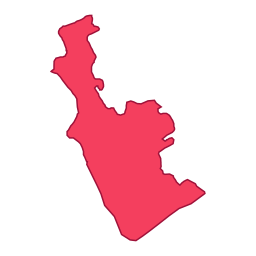 Al-Ghanayem, Asyut, Egypt
{"feature_id": "37247803B60942546572959", "entity_name": "Al-Ghanayem", "entity_type": "district", "adm_level": 2, "iso_a3": "EGY", "parent_name": "Egypt", "parent_adm1": "Asyut", "projection": "mercator", "projection_center": [31.325, 26.921], "detail": "fine", "context": "isolated", "style": "filled", "palette": "rose", "viewbox_px": 256, "rotation_deg": 0, "n_neighbors": 0, "source": "geoboundaries", "source_scale": "gbopen_adm2", "svg_char_len": 3292}
<svg xmlns="http://www.w3.org/2000/svg" viewBox="0 0 256 256"><path d="M51.1,71.5L52.7,72.3L54.6,73.0L57.2,73.6L60.3,76.9L62.9,80.7L67.9,87.2L70.5,89.8L71.1,90.4L73.0,93.6L74.9,95.6L76.8,98.8L77.4,107.1L77.7,108.5L78.6,112.9L77.3,114.2L77.3,114.8L76.7,116.8L74.1,121.9L72.2,124.4L70.9,125.7L68.4,130.2L67.1,131.5L67.1,135.3L69.6,137.9L70.3,137.9L72.2,137.9L73.4,137.9L76.5,140.3L78.5,141.8L80.4,143.7L82.3,147.6L83.5,151.5L83.5,154.7L84.8,157.2L86.7,161.8L87.3,161.8L86.8,164.4L97.2,185.6L101.0,193.8L104.7,205.5L114.4,216.5L121.6,234.5L130.1,239.9L135.9,240.6L142.7,236.0L148.4,231.8L158.4,224.1L159.2,223.5L168.7,216.0L179.0,208.5L191.1,203.7L204.9,193.5L204.5,191.8L203.5,191.1L200.1,188.7L198.3,187.4L196.7,186.3L195.5,184.0L195.1,183.6L191.8,181.9L188.8,180.3L187.5,179.6L185.7,180.4L183.5,181.6L182.7,182.4L182.0,182.8L181.3,183.6L180.7,184.2L179.9,185.1L179.3,184.6L178.3,183.8L177.0,182.5L176.4,182.0L176.2,181.4L175.8,180.7L175.3,179.8L173.5,177.3L173.3,175.9L170.3,174.4L169.8,174.1L168.5,174.1L167.2,174.2L165.3,174.3L164.8,174.3L163.2,173.7L162.6,170.9L160.3,168.6L161.1,166.4L160.9,164.1L160.9,162.1L160.8,161.5L160.7,159.6L160.7,158.7L160.3,157.6L159.7,156.4L159.1,155.1L158.5,153.8L159.1,151.9L160.4,151.2L164.8,148.0L166.1,147.4L169.9,145.5L173.1,143.6L173.8,139.7L171.9,137.8L169.3,138.4L167.4,139.7L166.8,139.7L165.5,141.0L164.9,141.0L162.3,139.0L163.0,138.4L165.2,136.6L166.8,135.2L169.3,133.9L172.2,132.4L173.2,131.4L173.8,130.8L174.5,129.5L174.5,128.2L173.8,126.3L173.8,123.7L172.6,120.5L171.3,118.5L170.7,117.3L169.4,115.3L168.6,114.8L168.0,114.4L167.5,114.0L166.3,113.4L163.1,113.4L161.2,114.0L160.6,114.0L158.7,112.7L158.0,111.4L158.0,108.8L161.2,106.9L156.2,103.1L154.4,100.3L147.9,100.9L146.8,101.4L141.0,103.9L140.4,103.8L139.0,103.7L137.2,103.6L136.3,103.2L134.3,102.2L133.3,101.8L130.8,101.0L126.8,102.3L126.8,102.9L126.3,105.5L126.3,106.7L126.3,108.0L126.0,109.0L125.6,110.0L125.0,111.9L125.0,112.5L124.3,113.8L122.4,114.4L120.5,115.1L118.0,114.4L117.4,114.4L116.7,113.1L114.8,110.5L113.6,108.0L111.0,107.9L110.4,108.6L108.5,108.6L107.9,108.6L105.3,106.6L105.3,106.0L104.7,104.7L103.4,103.4L102.2,100.8L100.3,98.3L99.0,96.3L98.4,93.8L96.5,91.2L94.6,88.0L95.2,87.3L95.9,86.7L96.5,86.0L97.8,86.0L97.8,86.7L98.4,88.0L99.1,88.6L99.7,89.3L99.7,89.9L100.3,89.9L101.0,89.9L101.6,89.9L102.2,89.3L103.5,86.7L103.5,84.8L102.9,81.6L102.3,80.3L99.7,79.0L99.1,79.0L95.3,79.0L94.0,77.7L93.4,75.8L92.8,74.5L92.1,73.2L91.5,71.9L91.5,69.3L91.5,66.8L92.2,64.8L92.8,63.5L93.4,62.9L94.1,62.3L94.1,61.0L95.4,58.4L96.0,57.1L95.4,55.2L93.5,52.6L92.2,49.4L91.0,47.5L89.1,43.0L87.2,40.4L87.2,37.2L87.8,35.9L89.1,34.6L91.0,34.0L92.3,33.4L98.7,30.2L99.3,28.9L98.5,27.6L98.0,27.0L95.5,26.3L94.2,26.3L93.0,24.4L91.7,23.7L92.4,19.9L92.4,18.1L91.7,16.7L91.7,15.4L89.8,15.4L86.7,16.0L85.4,16.6L84.1,17.9L83.6,18.3L82.2,19.2L79.6,20.4L77.1,21.1L75.2,22.4L74.6,23.0L73.9,23.0L70.1,24.3L65.0,26.2L63.1,26.1L61.8,27.4L59.9,28.7L58.6,31.3L58.6,31.9L58.6,33.2L59.3,34.5L60.5,36.4L61.8,37.7L62.4,39.6L63.7,41.6L64.3,43.5L66.2,48.6L66.2,50.6L66.8,50.6L66.8,51.9L66.8,53.1L65.5,55.1L65.5,55.7L64.9,56.3L64.2,56.3L63.0,57.0L60.4,57.0L58.5,57.6L56.0,58.2L55.3,59.5L54.7,60.1L54.1,61.4L54.1,62.7L54.0,65.3L54.0,67.8L54.0,69.1L51.5,71.0L51.1,71.5Z" fill="#f43f5e" stroke="#9f1239" stroke-width="1.5"/></svg>